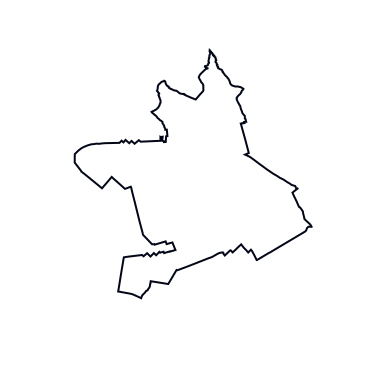 outline of San Juan Atenco, Puebla, Mexico, rotated 127°
{"feature_id": "50627088B89764628782430", "entity_name": "San Juan Atenco", "entity_type": "district", "adm_level": 2, "iso_a3": "MEX", "parent_name": "Mexico", "parent_adm1": "Puebla", "projection": "mercator", "projection_center": [-97.57, 19.047], "detail": "fine", "context": "isolated", "style": "outline", "palette": "ink", "viewbox_px": 384, "rotation_deg": 127, "n_neighbors": 0, "source": "geoboundaries", "source_scale": "gbopen_adm2", "svg_char_len": 5849}
<svg xmlns="http://www.w3.org/2000/svg" viewBox="0 0 384 384"><g transform="rotate(127 192 192)"><path d="M155.3,77.8L154.0,77.7L153.5,77.8L152.5,78.2L151.7,78.4L151.3,78.4L150.4,78.3L149.6,78.0L149.3,77.6L148.5,76.6L148.1,75.8L147.8,75.6L147.5,76.2L147.1,77.1L146.7,78.5L146.1,84.6L145.8,86.1L145.5,86.4L145.2,86.8L144.8,87.1L142.1,90.5L141.3,91.2L141.1,91.6L140.7,91.9L140.2,93.5L139.8,94.6L139.3,96.5L139.5,96.9L139.5,97.4L138.6,99.3L138.3,99.7L137.7,100.8L136.7,102.5L135.3,105.3L134.9,105.8L134.5,107.0L132.0,111.4L127.2,110.2L125.0,109.4L126.6,110.7L125.1,113.1L126.4,116.7L126.4,118.7L126.8,122.1L127.0,126.4L127.8,130.4L127.9,133.0L128.5,138.0L128.9,146.0L128.9,149.3L128.9,150.5L129.0,154.4L129.0,162.6L129.1,165.9L129.1,166.7L129.3,167.9L130.2,172.1L126.7,170.1L117.8,181.4L108.0,194.2L106.8,192.9L106.6,193.1L105.4,191.6L104.7,192.5L103.3,191.0L102.7,191.9L101.7,192.9L101.5,193.3L101.6,193.5L101.3,194.2L100.3,194.9L99.8,195.3L99.3,195.9L99.3,196.4L99.3,197.0L99.0,197.7L98.9,198.7L98.1,200.0L97.6,200.6L96.4,202.7L94.1,205.6L93.9,206.7L93.3,207.6L93.0,208.6L92.6,209.5L91.3,211.8L90.9,212.3L90.3,212.5L89.9,213.0L89.5,212.9L89.0,213.1L87.1,213.0L85.2,212.6L84.5,212.5L82.6,212.6L82.1,213.0L80.8,213.1L78.9,212.7L78.6,212.2L78.8,215.2L79.2,217.0L79.6,217.4L79.9,218.4L80.4,219.3L81.5,220.6L81.7,220.9L82.2,222.3L82.4,222.7L82.8,224.3L82.8,224.8L82.6,225.9L82.3,226.8L82.0,227.2L81.4,227.8L81.1,228.4L80.4,229.5L80.2,230.1L79.9,230.6L79.6,231.3L79.4,232.6L79.1,233.3L79.0,234.8L78.8,235.3L78.8,236.0L78.5,237.1L78.1,237.8L78.1,238.5L77.9,239.1L77.5,239.5L77.6,240.1L77.1,240.7L76.7,241.0L76.6,241.6L76.7,242.7L77.0,243.3L77.1,243.6L77.2,244.9L77.4,245.5L77.3,245.8L76.9,246.0L76.6,246.3L76.7,246.8L76.5,247.1L76.2,247.0L76.1,247.9L75.7,248.5L75.4,248.6L75.1,248.5L74.9,249.3L74.7,249.3L74.3,250.0L74.1,250.4L74.1,251.4L73.7,251.8L72.6,251.9L72.1,251.9L71.9,252.3L71.9,252.8L71.3,253.1L70.9,254.0L70.3,254.4L70.4,255.0L70.2,255.6L69.8,256.0L69.7,256.3L69.7,256.6L69.8,256.7L69.7,257.1L69.9,257.2L70.2,257.1L70.1,257.6L70.1,257.8L69.8,258.2L69.2,258.6L69.0,259.0L68.8,259.9L68.8,260.5L68.6,261.1L68.6,261.5L68.2,262.3L68.1,263.2L69.2,262.5L69.7,261.6L69.8,260.8L70.2,260.6L71.6,260.6L72.2,260.3L73.0,260.0L73.4,259.7L73.9,259.1L74.9,259.1L75.2,258.7L75.8,258.5L76.3,258.2L77.2,257.8L77.5,257.6L77.9,257.3L78.2,256.4L78.6,256.1L79.1,256.3L80.0,256.2L80.3,256.0L80.5,255.8L80.7,255.7L81.0,255.7L81.5,255.8L81.9,256.0L82.7,256.5L83.4,257.3L84.2,257.1L84.3,255.8L84.2,255.1L83.7,254.1L84.0,253.9L85.1,254.8L87.3,255.4L88.5,255.5L90.1,255.8L93.1,256.2L93.7,256.2L95.1,256.0L95.7,255.8L96.0,255.7L96.4,255.6L96.6,255.0L97.6,253.4L97.8,252.5L98.2,251.8L98.8,250.8L98.8,250.2L99.2,248.5L99.8,247.6L100.0,247.1L102.5,245.3L103.7,244.2L104.6,243.9L105.5,243.9L109.1,244.3L115.9,244.7L117.2,249.4L117.8,251.9L118.6,255.2L118.7,255.8L118.4,255.9L118.4,256.1L118.8,256.6L118.9,257.0L118.5,257.3L118.5,257.5L119.5,258.7L119.9,259.5L120.6,261.2L120.5,261.4L120.6,261.7L120.5,264.0L120.4,264.9L120.5,265.4L120.9,265.9L120.9,266.1L121.3,266.7L121.4,267.4L121.8,267.9L121.9,268.3L122.1,270.1L122.4,270.9L122.5,271.0L122.4,271.2L122.3,271.4L122.4,271.7L122.5,271.8L122.7,272.6L122.6,273.5L122.4,273.8L122.0,273.8L121.9,274.1L121.9,274.4L122.1,275.0L122.1,276.3L121.8,276.9L121.6,277.1L121.5,277.7L121.2,278.3L120.8,278.8L120.0,279.6L119.8,279.9L119.8,280.4L119.9,281.2L120.8,281.4L121.8,282.3L122.9,282.7L125.1,283.0L126.3,283.3L127.2,283.2L128.4,282.7L130.5,281.4L131.8,280.9L132.3,280.9L132.4,280.0L132.6,279.6L132.6,279.3L132.9,278.9L132.9,277.8L133.1,277.4L134.7,277.2L134.9,277.0L135.0,276.8L135.0,276.4L135.7,275.8L135.7,275.5L136.3,274.5L136.7,274.2L137.1,273.4L137.4,272.7L138.0,272.1L139.1,271.3L139.4,271.0L139.7,271.0L139.8,270.9L140.3,270.7L141.3,270.6L141.9,270.2L144.9,269.8L147.3,270.2L148.2,270.5L150.4,271.5L151.2,272.0L152.4,272.5L152.7,271.4L152.7,269.7L152.9,268.0L152.8,267.5L152.9,266.2L153.6,264.1L153.6,262.5L153.9,260.4L153.7,259.3L153.8,257.8L154.4,257.2L154.9,256.9L155.7,254.4L156.3,253.5L156.9,253.1L157.4,251.6L157.7,251.3L158.4,250.8L157.4,249.6L162.1,245.3L163.0,246.2L167.9,243.1L169.0,244.4L168.3,244.9L169.0,246.6L165.5,248.7L166.5,249.7L167.1,249.5L167.1,250.3L168.2,249.5L170.0,247.9L182.4,262.9L182.7,263.2L182.6,265.6L188.0,266.9L187.6,271.0L190.8,271.5L190.4,276.4L193.6,276.6L193.4,279.1L196.4,279.5L205.0,290.4L207.7,293.5L209.2,294.9L210.9,297.4L212.8,299.2L213.5,300.0L214.6,301.2L217.3,303.2L220.6,305.2L223.2,306.5L226.6,307.5L228.1,307.8L232.3,308.4L239.1,303.4L241.9,293.2L242.3,292.8L242.3,289.9L242.3,288.7L243.2,266.1L234.0,265.5L228.3,265.2L228.6,262.3L229.6,249.8L229.9,247.6L229.3,247.0L224.6,244.1L224.8,243.6L228.7,238.9L235.1,230.9L247.3,215.9L254.0,207.3L255.7,205.3L257.7,192.9L257.8,192.4L256.2,190.6L256.5,190.1L247.3,183.3L248.9,180.9L244.1,177.3L248.3,170.3L253.1,173.9L252.9,174.1L257.6,177.5L256.8,178.8L259.3,180.7L259.6,180.9L259.4,182.0L264.1,182.6L263.7,185.7L268.5,186.3L267.9,191.0L272.5,192.0L272.3,193.9L281.8,203.8L283.7,205.7L285.2,207.1L286.8,206.3L299.9,199.5L313.1,192.5L315.9,191.1L310.5,180.4L309.4,177.8L307.6,169.8L307.4,168.7L304.9,169.5L303.2,169.4L300.5,169.0L298.7,169.1L298.3,169.0L297.4,168.3L297.2,168.3L295.8,168.6L295.2,168.6L294.0,168.5L293.6,168.6L293.0,168.8L292.8,169.0L292.1,169.2L291.1,169.9L290.5,170.1L289.9,170.1L289.0,170.9L288.1,171.3L279.8,155.6L263.7,157.4L263.7,157.2L263.2,156.5L254.4,150.9L234.4,138.6L233.8,138.1L231.9,136.9L225.6,134.2L224.5,133.6L222.7,132.1L221.7,131.1L221.6,130.6L221.9,130.5L222.3,129.9L222.6,129.2L222.6,128.7L222.9,128.0L223.0,127.6L215.8,126.4L215.3,126.0L215.8,123.2L210.3,122.2L209.8,122.2L205.8,121.5L204.2,121.2L205.4,116.9L205.4,116.3L205.5,116.0L205.8,113.8L206.5,110.7L202.6,110.2L203.0,108.6L205.0,104.2L207.4,99.4L207.1,99.1L194.6,94.0L193.7,93.5L155.3,77.8Z" fill="none" stroke="#020617" stroke-width="2"/></g></svg>